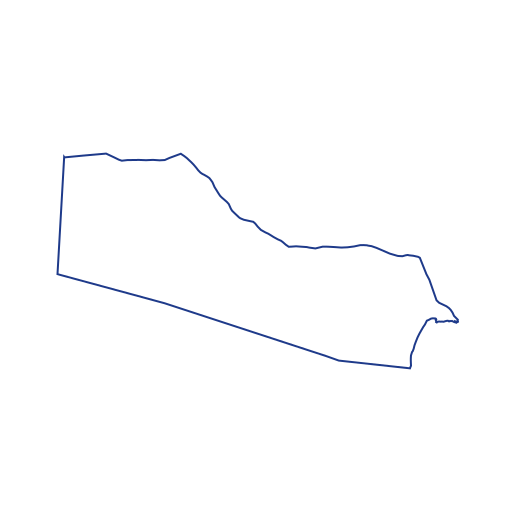 Salloum, Matruh, Egypt, rotated 107°
{"feature_id": "37247803B99889104547734", "entity_name": "Salloum", "entity_type": "district", "adm_level": 2, "iso_a3": "EGY", "parent_name": "Egypt", "parent_adm1": "Matruh", "projection": "mercator", "projection_center": [25.027, 30.642], "detail": "fine", "context": "isolated", "style": "outline", "palette": "blue", "viewbox_px": 512, "rotation_deg": 107, "n_neighbors": 0, "source": "geoboundaries", "source_scale": "gbopen_adm2", "svg_char_len": 2076}
<svg xmlns="http://www.w3.org/2000/svg" viewBox="0 0 512 512"><g transform="rotate(107 256 256)"><path d="M318.4,75.9L317.6,75.9L315.6,75.7L312.5,76.8L310.4,77.5L308.7,78.0L305.9,78.7L302.3,78.7L301.2,78.3L298.7,78.1L295.0,78.3L291.4,78.1L286.6,77.7L282.4,77.0L279.2,76.3L274.9,75.3L272.1,74.4L267.9,73.7L266.6,72.1L264.7,70.3L264.0,68.9L263.3,66.5L263.4,65.6L263.9,65.2L264.3,65.6L265.0,65.2L265.7,64.5L266.5,64.5L266.7,63.7L265.9,63.3L265.1,61.7L264.8,60.1L264.4,59.2L264.0,57.3L263.4,56.5L262.7,55.4L262.1,54.4L261.8,53.5L262.1,52.6L261.9,51.9L261.4,51.5L261.3,50.5L260.8,49.6L261.2,47.3L261.2,46.0L260.7,46.5L260.4,46.7L260.2,46.7L260.3,46.0L260.6,45.2L260.3,44.0L259.8,43.6L259.1,44.0L259.1,44.4L257.9,44.4L255.4,49.1L252.7,51.5L250.5,54.2L250.1,55.0L249.4,56.2L248.7,58.3L248.4,59.1L247.2,67.2L245.6,70.4L228.0,83.3L225.9,85.4L223.6,87.7L221.1,89.7L209.8,98.8L209.4,100.8L209.8,105.8L210.6,109.9L210.6,110.4L210.7,111.3L210.8,111.5L211.6,113.1L213.4,115.9L214.4,120.0L214.5,120.9L214.6,128.7L213.0,143.1L212.8,148.4L213.3,151.9L213.3,152.3L213.3,152.9L214.2,156.6L215.2,159.6L218.2,165.0L220.9,171.0L223.0,176.9L224.1,181.8L225.4,187.2L226.4,191.1L227.6,195.0L231.4,201.4L232.4,207.5L232.6,210.0L233.9,215.6L235.0,220.5L236.7,224.9L237.6,227.4L236.5,230.8L234.8,234.6L234.1,236.6L233.7,240.0L232.7,244.8L231.9,247.7L231.1,250.8L230.7,253.9L229.6,259.0L227.4,263.0L225.2,266.2L224.1,268.6L224.4,271.8L224.9,278.3L224.5,282.1L224.0,283.6L221.2,289.2L219.7,292.1L218.1,293.9L214.3,297.2L212.8,299.7L211.5,302.6L210.0,306.0L208.9,308.0L207.0,310.3L202.2,315.8L198.2,319.2L196.5,321.4L195.1,323.4L194.3,325.9L193.5,329.4L193.2,331.3L192.5,333.5L190.9,336.4L189.1,338.9L186.8,342.5L185.2,345.4L183.9,348.1L182.6,350.7L181.4,353.9L180.8,355.9L180.2,357.8L187.5,367.4L190.9,371.3L192.7,376.2L194.2,382.6L196.3,388.5L196.6,389.4L198.6,397.0L198.9,397.7L201.9,407.1L204.1,412.2L204.0,415.3L203.2,420.3L201.9,429.3L210.5,450.6L217.7,468.0L217.4,468.4L330.7,440.7L331.4,440.5L327.9,329.6L331.2,159.6L331.8,146.2L318.4,75.9Z" fill="none" stroke="#1e3a8a" stroke-width="2"/></g></svg>